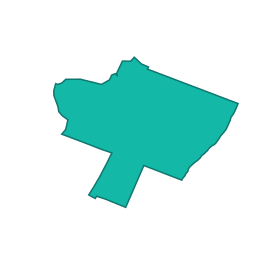 'Eua fo'ou, Eua, Tonga, rotated 211°
{"feature_id": "48082658B68963423411416", "entity_name": "'Eua fo'ou", "entity_type": "district", "adm_level": 2, "iso_a3": "TON", "parent_name": "Tonga", "parent_adm1": "Eua", "projection": "natural_earth1", "projection_center": [-174.959, -21.373], "detail": "fine", "context": "isolated", "style": "filled", "palette": "teal", "viewbox_px": 256, "rotation_deg": 211, "n_neighbors": 0, "source": "geoboundaries", "source_scale": "gbopen_adm2", "svg_char_len": 1053}
<svg xmlns="http://www.w3.org/2000/svg" viewBox="0 0 256 256"><g transform="rotate(211 128 128)"><path d="M55.1,111.0L55.2,113.2L54.8,115.2L54.6,116.5L54.9,118.0L54.4,121.7L55.1,123.7L55.0,126.4L54.4,128.7L53.6,131.2L52.5,134.3L51.7,136.1L51.4,137.2L50.9,138.8L50.7,139.6L50.7,142.0L49.6,144.8L48.2,149.8L48.2,151.9L46.9,156.0L45.4,158.4L44.8,161.2L44.5,165.5L44.5,168.8L43.7,173.2L43.2,177.6L44.4,187.6L45.2,189.7L44.9,194.9L45.3,199.2L46.2,205.6L125.5,191.4L141.6,188.5L141.8,190.8L149.8,189.8L151.3,190.2L159.1,191.9L160.1,186.7L167.2,182.5L166.5,175.0L165.9,169.2L164.5,167.5L166.9,168.0L169.2,165.1L168.7,159.6L173.2,151.7L193.9,145.3L206.4,137.7L207.9,132.5L210.8,129.1L212.8,128.8L210.9,121.9L208.3,117.7L199.1,110.3L195.8,106.4L190.5,104.6L183.8,104.1L181.9,98.7L180.7,94.5L181.6,88.6L149.4,94.4L149.0,94.4L138.9,96.2L133.4,97.4L129.0,98.3L128.1,87.6L127.1,70.6L127.1,66.9L127.0,59.4L127.2,51.9L127.2,50.4L119.8,50.7L119.7,53.4L111.3,55.3L89.1,58.8L92.1,81.4L95.1,104.0L55.1,111.0Z" fill="#14b8a6" stroke="#0f766e" stroke-width="1.5"/></g></svg>